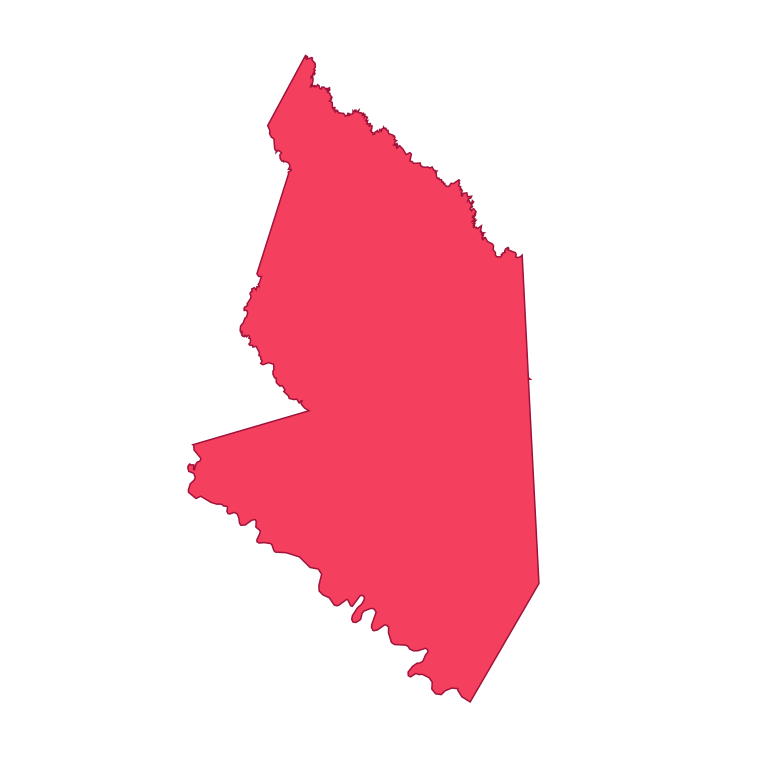 Arauquita, Arauca, Colombia, rotated 216°
{"feature_id": "7082276B94752560507760", "entity_name": "Arauquita", "entity_type": "district", "adm_level": 2, "iso_a3": "COL", "parent_name": "Colombia", "parent_adm1": "Arauca", "projection": "equal_earth", "projection_center": [-71.114, 6.791], "detail": "fine", "context": "isolated", "style": "filled", "palette": "rose", "viewbox_px": 768, "rotation_deg": 216, "n_neighbors": 0, "source": "geoboundaries", "source_scale": "gbopen_adm2", "svg_char_len": 6171}
<svg xmlns="http://www.w3.org/2000/svg" viewBox="0 0 768 768"><g transform="rotate(216 384 384)"><path d="M270.2,473.1L348.0,569.5L348.4,567.0L350.2,564.9L352.2,564.2L353.1,566.4L354.8,567.5L362.7,565.4L362.8,567.1L363.9,567.4L365.0,565.0L364.7,562.6L363.4,561.7L365.1,559.5L364.3,558.1L365.1,557.7L364.3,556.7L364.6,555.0L367.9,553.2L369.6,553.8L371.1,555.8L374.7,556.8L376.5,560.1L378.4,561.0L384.1,560.1L388.1,562.1L389.1,561.2L388.6,559.1L389.5,559.1L390.9,560.6L390.9,562.3L391.9,562.2L391.6,563.6L392.6,563.5L391.8,565.1L393.5,564.2L393.5,563.2L394.8,564.6L395.4,563.9L398.2,569.3L399.7,564.8L400.7,564.4L401.3,565.1L403.4,563.6L404.1,565.6L404.8,564.9L404.9,567.3L406.2,566.4L405.8,570.2L408.0,567.7L407.3,571.0L408.7,570.5L409.1,571.8L410.4,570.8L411.0,571.9L409.2,573.8L409.8,575.4L410.7,575.0L410.7,577.4L414.4,578.5L415.4,577.0L414.9,575.6L417.3,576.0L417.8,578.2L416.8,578.3L416.7,579.5L418.6,580.3L418.5,584.0L420.3,584.3L419.7,583.1L420.3,580.8L423.3,582.6L423.8,581.2L424.6,583.9L423.1,585.2L423.5,587.4L426.5,584.7L429.3,587.3L432.6,584.3L431.1,582.5L431.8,581.8L434.0,584.4L434.4,586.5L436.1,587.1L436.5,586.1L438.0,588.6L440.4,588.2L440.8,590.7L442.5,591.8L442.4,593.0L443.4,593.2L445.7,586.8L447.7,585.9L447.5,582.2L449.5,580.7L452.0,581.0L452.8,582.0L453.6,581.1L455.1,582.2L455.7,581.4L457.6,583.1L459.0,582.0L460.7,582.8L460.9,581.7L463.0,582.3L466.2,585.6L466.3,587.1L467.3,585.8L467.8,586.9L469.7,586.3L472.6,587.9L474.1,585.5L475.8,585.5L479.3,582.6L482.7,582.2L484.6,584.1L489.7,579.9L492.0,580.5L494.1,579.6L496.9,586.0L499.0,586.4L501.0,582.6L506.2,585.0L511.3,586.0L512.2,582.3L513.5,583.3L513.3,584.8L514.4,584.2L513.9,585.5L514.9,586.2L515.5,584.0L516.7,583.2L516.7,585.2L517.6,586.4L516.9,588.3L519.5,587.9L520.2,590.1L521.7,590.7L522.1,590.0L522.9,590.6L527.5,589.3L529.8,591.5L530.8,590.8L532.8,592.0L533.6,591.0L535.3,591.6L534.9,590.8L535.6,588.9L534.7,586.9L536.4,586.8L537.1,588.3L536.3,584.6L537.8,584.1L538.3,585.0L539.3,582.2L538.6,580.6L539.5,579.5L540.6,580.9L542.2,580.3L542.8,581.4L543.9,581.2L543.9,583.2L545.3,585.8L547.7,584.0L547.6,586.4L548.2,586.6L550.6,584.2L551.7,586.6L552.3,586.4L552.2,587.5L553.5,586.4L554.2,590.0L556.6,589.6L556.7,588.4L557.8,590.7L559.2,588.8L559.4,590.8L560.1,590.9L560.4,589.6L562.1,590.0L563.2,588.7L564.7,589.0L565.3,590.7L565.8,588.2L566.8,588.5L566.9,587.1L567.6,589.0L568.6,588.4L568.3,586.2L569.5,586.6L568.3,584.9L568.4,583.6L569.5,582.8L569.7,581.4L570.7,582.0L570.8,580.3L571.4,580.8L571.2,582.0L572.3,581.8L571.7,580.0L572.6,578.0L575.6,579.2L580.2,576.7L582.3,577.9L583.2,575.8L583.9,577.2L585.0,575.9L586.2,578.8L587.0,578.2L586.6,577.0L587.8,576.8L591.4,581.4L594.5,580.9L593.6,583.0L595.1,583.7L594.3,584.5L594.6,585.4L597.7,586.2L598.6,587.4L601.2,586.9L600.6,589.7L602.2,591.6L603.2,589.9L601.6,590.2L602.0,588.9L602.9,589.1L602.5,588.1L604.4,589.1L604.6,588.4L607.3,588.9L608.8,587.5L607.9,585.9L609.5,585.3L611.8,587.1L613.7,587.1L613.4,584.7L615.4,584.8L615.3,583.4L617.2,583.7L617.3,582.3L618.0,582.8L618.3,581.7L618.9,583.4L618.3,584.4L620.1,588.3L622.6,591.0L623.0,588.6L623.8,589.6L623.3,591.5L623.9,594.1L622.4,593.2L622.3,594.6L624.0,595.4L624.1,597.3L625.6,597.1L625.9,600.2L628.2,602.9L632.8,603.9L633.2,605.4L634.3,605.7L637.6,601.2L639.0,602.3L637.8,602.7L638.2,603.8L640.6,603.7L630.0,524.7L625.3,522.0L623.8,519.3L620.2,517.5L617.2,517.7L612.0,511.5L610.0,509.5L608.3,509.5L607.4,507.9L607.0,511.0L602.7,510.8L602.9,508.1L600.4,505.3L597.7,504.3L596.8,505.4L595.8,504.7L594.8,506.1L590.9,506.8L588.0,504.9L587.5,501.5L585.4,503.1L584.5,502.6L586.0,499.1L584.8,498.1L551.6,398.5L548.6,397.4L546.4,398.9L544.3,392.8L544.4,390.7L542.1,389.5L544.0,387.9L542.8,384.9L545.4,385.8L546.9,383.1L545.0,381.1L546.0,379.6L545.3,378.1L543.2,376.9L542.2,374.6L541.9,368.3L540.5,367.4L541.9,364.2L541.7,363.0L540.4,361.3L538.7,362.8L536.6,361.9L535.6,360.2L534.6,357.6L535.2,355.5L533.9,351.0L534.1,346.6L531.8,342.7L530.9,342.0L529.9,342.9L529.7,341.4L528.5,341.8L528.1,340.1L526.9,339.6L525.8,339.9L525.3,341.3L524.7,340.4L523.5,342.1L522.8,341.6L522.5,343.5L520.7,343.5L520.3,341.6L518.8,342.1L517.6,340.8L516.5,338.6L516.8,336.9L515.2,336.5L513.0,338.0L511.7,336.8L509.6,339.3L503.5,336.3L501.9,333.5L500.1,333.8L498.1,331.6L496.3,331.1L495.8,328.1L493.3,328.4L490.0,333.3L484.9,335.1L481.9,331.5L481.2,328.8L479.5,326.6L476.2,324.7L474.8,325.4L472.0,321.9L466.9,321.1L465.4,322.8L460.7,321.1L460.7,319.0L454.0,318.1L452.2,316.6L447.5,318.6L445.8,320.5L441.5,318.8L441.2,321.4L440.5,322.2L439.8,319.7L438.4,318.9L434.2,317.9L429.0,318.2L503.0,222.5L501.9,222.5L498.8,218.9L488.3,216.2L487.6,213.4L489.1,211.2L489.2,209.1L487.0,203.0L487.8,203.0L490.3,206.8L492.4,205.2L494.1,205.1L494.4,202.8L493.4,200.8L490.6,198.6L485.3,199.9L481.9,197.6L481.0,195.0L482.1,189.5L480.1,183.6L478.6,181.5L468.8,180.9L466.3,185.5L454.5,186.5L448.9,188.4L445.0,191.2L441.8,191.1L439.4,192.7L438.0,192.1L436.2,188.6L433.9,187.5L432.4,188.2L429.7,192.1L426.5,192.6L423.0,190.6L419.1,186.5L416.8,185.6L413.4,188.4L410.9,196.1L408.7,198.6L406.8,197.9L403.5,192.9L397.7,192.5L396.5,189.8L395.3,183.3L394.0,181.7L391.4,182.0L387.9,185.1L382.4,188.1L380.3,188.1L375.1,184.5L373.0,184.2L364.0,190.0L350.8,194.4L336.0,192.1L328.4,195.7L322.7,193.5L318.3,182.8L314.8,178.4L309.3,177.5L302.5,178.9L294.4,175.9L291.7,176.9L290.5,178.6L287.7,187.5L286.7,188.2L280.5,185.0L279.0,185.5L278.9,198.7L277.1,200.4L274.5,200.0L273.1,197.2L272.7,192.5L273.9,187.3L273.4,178.0L271.8,174.6L269.1,173.2L266.5,174.6L264.8,178.8L264.7,180.3L267.0,185.7L266.6,188.8L262.6,194.9L259.8,196.2L256.2,194.7L252.5,182.2L251.3,180.0L248.4,178.2L247.2,178.4L244.7,181.2L241.9,189.5L240.0,190.4L237.4,190.0L234.1,185.3L226.1,179.3L222.4,179.4L212.6,185.7L209.6,185.7L207.6,184.6L203.1,185.6L199.7,188.2L195.1,194.6L192.3,194.6L190.9,193.0L191.1,189.1L189.6,182.5L191.3,178.9L193.1,177.7L194.9,172.5L195.2,165.1L192.9,162.3L190.3,162.7L188.1,168.5L184.9,169.5L182.5,171.6L174.8,172.9L169.7,171.1L166.0,165.3L160.1,163.7L155.1,166.4L154.2,171.8L150.5,177.8L145.3,180.9L144.0,179.5L137.1,176.7L127.4,177.4L141.4,313.7L270.0,472.7L268.5,473.9L270.0,473.9L270.2,473.1Z" fill="#f43f5e" stroke="#9f1239" stroke-width="1.5"/></g></svg>